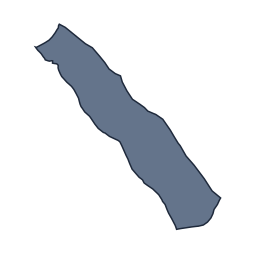 Nyorken, Maryland, Liberia, rotated 138°
{"feature_id": "62588387B79277340487156", "entity_name": "Nyorken", "entity_type": "district", "adm_level": 2, "iso_a3": "LBR", "parent_name": "Liberia", "parent_adm1": "Maryland", "projection": "robinson", "projection_center": [-7.856, 5.001], "detail": "fine", "context": "isolated", "style": "filled", "palette": "slate", "viewbox_px": 256, "rotation_deg": 138, "n_neighbors": 0, "source": "geoboundaries", "source_scale": "gbopen_adm2", "svg_char_len": 1671}
<svg xmlns="http://www.w3.org/2000/svg" viewBox="0 0 256 256"><g transform="rotate(138 128 128)"><path d="M109.6,251.1L110.9,250.7L112.9,249.0L114.8,248.6L118.3,247.5L123.5,246.4L127.9,246.1L133.2,247.0L140.5,248.8L142.2,249.3L142.6,250.0L142.8,248.6L143.0,246.0L142.8,243.2L142.8,241.1L143.3,237.7L143.4,235.6L143.7,234.5L143.9,234.0L142.6,231.7L141.7,230.3L139.6,229.0L139.1,228.3L140.7,226.7L139.5,225.1L138.0,223.4L137.9,221.3L139.7,219.5L140.7,217.6L142.0,213.8L142.8,210.7L142.8,210.2L142.8,202.9L142.1,196.8L142.4,193.0L142.9,190.8L143.5,188.3L144.8,183.3L146.7,179.7L147.7,177.7L148.6,175.2L148.7,173.8L149.4,168.9L148.7,162.4L149.1,159.3L150.0,153.1L150.1,151.6L150.2,150.1L150.4,147.6L149.3,141.2L148.4,139.6L147.4,134.2L145.0,128.5L144.0,126.2L143.6,125.2L143.4,123.9L143.3,123.0L144.5,118.8L147.8,108.7L148.8,105.0L150.6,100.3L152.5,94.6L152.6,89.1L152.7,83.8L152.4,82.5L151.9,79.7L152.7,76.8L152.8,76.3L151.9,72.2L150.4,66.2L149.8,57.8L150.8,52.0L151.4,50.4L151.6,46.3L153.4,41.7L154.8,37.6L156.2,31.3L158.1,24.0L159.1,21.5L159.7,20.2L157.7,19.0L156.6,18.3L155.2,17.4L146.9,11.9L143.9,9.8L141.3,7.9L136.9,5.5L131.9,4.9L126.8,5.6L125.5,6.1L122.2,7.5L118.6,9.9L112.8,11.3L108.2,13.3L106.0,14.0L106.2,15.5L107.6,24.9L106.8,30.0L105.3,39.2L103.8,56.2L103.6,68.3L102.6,72.9L101.1,79.8L100.9,83.3L99.5,90.8L98.0,98.1L96.4,110.5L96.3,111.2L98.3,119.5L99.3,121.5L102.0,127.4L102.1,132.1L103.3,137.7L104.9,144.1L105.5,146.3L104.0,156.2L101.5,166.0L101.1,166.8L98.7,171.8L101.1,177.0L102.6,184.6L102.4,185.9L101.7,190.7L101.5,191.9L101.1,200.0L100.8,211.5L103.3,219.2L104.8,228.7L107.3,244.8L109.6,251.1Z" fill="#64748b" stroke="#1e293b" stroke-width="1.5"/></g></svg>